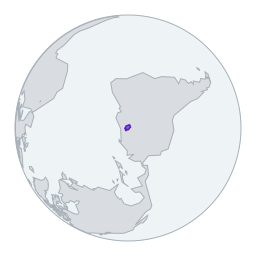 Upper Takutu-Upper Essequibo highlighted on a globe, orthographic projection, rotated 230°
{"feature_id": "GUY-674", "entity_name": "Upper Takutu-Upper Essequibo", "entity_type": "Region", "adm_level": 1, "iso_a3": "GUY", "parent_name": "Guyana", "parent_adm1": "", "projection": "orthographic", "projection_center": [-59.289, 2.847], "detail": "fine", "context": "on_globe", "style": "filled", "palette": "violet", "viewbox_px": 256, "rotation_deg": 230, "n_neighbors": 0, "source": "natural_earth", "source_scale": "10m", "svg_char_len": 8186}
<svg xmlns="http://www.w3.org/2000/svg" viewBox="0 0 256 256"><g transform="rotate(230 128 128)"><circle cx="128" cy="128" r="113" fill="#eef3f6" stroke="#a8b0b8"/><path d="M91.9,21.3L92.3,21.2L88.5,23.5L92.9,22.6L95.0,25.5L97.1,24.6L99.2,25.5L102.5,24.9L101.9,25.9L105.0,24.6L104.8,23.7L106.1,22.9L108.0,22.6L107.6,23.8L106.6,24.1L107.5,24.3L106.6,25.1L108.1,24.5L107.5,26.2L110.9,24.1L112.7,25.1L111.5,26.4L108.0,26.8L96.6,31.9L94.3,34.0L94.7,36.1L102.9,38.6L101.9,40.9L103.1,43.6L105.4,41.9L105.1,39.3L109.6,37.1L108.8,34.5L110.5,33.4L111.1,30.8L114.9,30.8L118.3,32.2L117.9,34.5L119.4,35.3L122.9,33.0L125.3,37.5L132.2,41.2L132.3,42.6L127.1,45.1L119.1,45.1L112.2,49.7L120.6,46.4L121.0,50.6L122.7,51.3L124.9,51.1L126.4,49.5L127.3,51.1L119.4,54.5L118.4,53.2L120.9,52.0L117.2,52.2L111.8,55.2L112.4,57.4L103.7,60.6L104.0,62.3L102.3,64.2L102.4,61.1L102.1,67.0L91.9,73.7L91.3,84.8L87.6,76.3L83.7,75.4L78.9,75.7L78.6,77.4L72.5,76.2L66.3,80.2L63.1,89.1L64.4,95.9L71.3,96.1L73.9,92.2L79.2,91.3L74.4,101.9L83.6,103.3L82.1,111.3L84.7,115.5L89.5,114.4L94.4,116.4L98.2,111.7L104.3,109.1L104.1,115.7L107.6,109.7L110.9,112.8L123.0,112.6L122.0,114.1L132.2,121.9L143.6,125.3L146.2,130.1L144.8,133.1L148.9,134.0L148.9,135.9L165.2,138.9L173.7,143.8L173.5,150.6L166.6,158.5L160.9,175.0L148.6,180.3L145.8,186.8L136.9,196.2L129.4,195.4L131.9,200.0L128.1,202.7L123.3,202.9L122.9,206.1L119.4,206.1L122.0,208.2L117.0,212.2L119.2,215.5L115.8,218.6L117.4,220.5L115.8,220.4L114.4,221.0L114.5,222.1L109.4,220.3L107.1,216.0L108.3,213.9L106.2,213.5L108.7,207.9L106.7,209.0L105.8,200.3L108.0,192.9L108.0,171.2L105.3,166.8L96.6,161.6L86.1,145.2L88.6,138.5L86.5,135.3L93.6,125.8L91.9,117.0L89.5,115.7L86.9,119.0L78.7,113.5L76.2,106.9L53.4,96.5L51.6,93.3L52.4,88.0L49.1,71.4L48.5,87.0L46.4,84.0L45.6,78.5L47.1,77.0L47.9,69.1L46.7,66.3L50.1,57.0L59.7,45.7L59.5,47.3L61.8,44.7L62.3,42.7L62.0,42.1L70.6,33.2L73.2,29.8L70.3,31.3L73.9,29.3L70.5,31.1L81.0,25.7L91.9,21.3ZM90.3,88.6L100.9,94.1L94.4,94.8L95.7,93.8L93.2,91.5L88.2,89.5L82.7,90.7L90.3,88.6ZM96.0,82.4L94.1,82.0L96.0,81.9L96.0,82.4ZM61.5,42.1L62.0,42.9L60.8,45.3L60.1,44.8L61.5,42.1ZM64.1,38.1L65.1,37.8L62.4,40.2L62.7,39.6L64.1,38.1ZM67.7,32.9L67.2,33.2L67.7,32.9ZM109.0,31.1L110.0,31.0L109.4,31.5L109.0,31.1ZM108.3,30.2L106.8,30.9L106.2,30.6L107.2,30.2L108.3,30.2ZM110.3,29.4L105.4,30.0L104.5,29.5L107.3,27.5L110.3,29.4ZM104.0,23.7L104.2,24.5L102.3,24.2L104.0,23.7ZM102.4,23.7L94.6,24.5L95.2,23.3L97.7,23.2L97.1,22.2L101.2,21.1L102.5,21.5L101.3,22.4L103.8,21.4L102.4,23.7ZM106.5,22.6L104.8,22.8L105.2,21.7L108.6,21.2L107.4,21.7L106.5,22.6ZM94.9,22.5L95.8,21.8L99.4,20.7L100.2,20.3L101.4,21.0L94.9,22.5ZM108.2,21.8L110.2,21.0L111.8,21.3L108.1,22.4L108.2,21.8ZM103.9,21.7L104.3,21.2L105.2,21.3L103.9,21.7ZM118.3,22.1L116.3,22.1L116.4,21.5L118.3,22.1ZM110.9,20.8L110.4,20.7L110.2,20.5L111.8,20.1L110.9,20.8ZM103.8,20.3L105.1,20.1L103.5,20.0L106.1,19.3L106.4,20.0L107.4,19.5L108.2,19.3L107.5,20.1L103.8,20.3ZM112.8,19.3L114.0,20.2L117.7,20.3L117.7,20.7L111.9,20.6L112.8,19.3ZM109.8,19.6L111.6,19.5L110.8,20.0L108.9,20.5L109.8,19.6ZM107.8,18.8L103.7,19.5L103.8,19.4L107.8,18.8ZM114.0,19.2L113.7,19.0L114.4,19.1L114.0,19.2ZM109.9,18.7L108.5,18.9L109.9,18.7ZM114.2,18.4L114.6,18.7L113.4,18.9L114.2,18.4ZM112.4,18.5L112.9,18.2L112.7,18.9L111.7,18.6L112.4,18.5ZM110.3,18.5L109.9,18.5L110.9,18.4L110.3,18.5ZM118.6,17.5L118.7,18.4L116.0,18.8L116.3,17.9L118.6,17.5ZM118.2,224.0L110.0,220.9L114.5,222.3L116.9,220.8L121.5,223.0L118.2,224.0ZM125.7,219.9L128.9,219.1L129.9,219.6L127.9,220.3L125.7,219.9ZM218.2,60.6L218.2,61.1L214.7,56.8L211.7,52.6L218.2,60.6ZM208.1,48.8L207.2,47.9L206.1,46.8L205.4,46.3L210.8,52.1L212.9,54.3L213.1,55.9L216.6,59.8L217.7,61.9L212.3,56.1L210.5,53.9L203.0,48.6L204.9,51.0L212.1,56.3L211.2,56.0L213.9,59.9L211.2,56.7L202.8,50.8L200.9,53.1L203.9,63.2L201.7,64.6L197.4,63.4L191.0,53.9L196.6,52.0L194.4,49.1L188.7,45.6L190.9,45.5L189.2,44.1L190.9,43.4L188.8,39.5L189.8,38.8L184.6,34.7L184.5,33.9L187.6,36.5L190.3,38.1L192.3,37.1L191.4,36.2L187.9,33.7L188.9,34.0L185.2,31.7L184.3,30.6L182.4,30.3L178.2,28.0L175.2,26.2L173.5,25.5L178.3,28.6L180.5,29.9L183.0,31.1L188.7,35.4L189.0,36.4L181.6,32.1L181.2,33.2L175.7,29.8L166.1,22.8L164.3,21.6L168.8,23.0L173.2,24.8L172.6,24.6L176.8,26.5L185.3,31.0L193.4,36.3L201.0,42.2L208.1,48.8ZM223.6,187.6L221.1,191.2L219.1,192.1L221.6,188.1L224.6,180.6L230.0,162.0L233.3,153.1L234.2,146.4L232.5,132.3L233.1,124.0L231.9,120.7L230.0,122.0L228.3,118.2L226.8,118.3L215.7,122.9L210.6,118.3L200.4,103.4L201.2,96.9L198.4,89.9L201.3,65.0L205.3,65.7L211.5,61.4L212.9,62.0L215.8,67.1L223.3,72.3L221.4,67.7L224.6,70.4L224.6,70.0L228.5,77.2L232.0,84.7L234.9,92.4L237.2,100.3L238.9,108.4L240.1,116.6L240.6,124.8L240.5,133.1L239.9,141.3L238.6,149.4L236.7,157.5L234.3,165.3L231.3,173.0L227.7,180.5L223.6,187.6ZM204.3,76.8L205.1,78.9L204.3,76.8ZM123.4,112.5L124.8,113.8L122.9,113.8L123.4,112.5ZM93.3,97.4L95.7,97.5L96.8,98.5L95.0,98.9L93.3,97.4ZM113.5,97.5L116.3,98.1L113.3,98.6L113.5,97.5ZM102.6,94.8L111.2,97.3L105.5,99.2L100.0,97.7L103.9,97.2L102.6,94.8ZM94.4,86.0L95.9,86.5L95.3,87.6L94.4,86.0ZM97.4,82.4L96.8,82.5L96.2,81.6L97.4,82.4ZM121.4,50.4L122.1,50.2L124.3,50.3L123.1,51.0L121.4,50.4ZM135.2,47.4L136.4,50.0L134.7,48.5L133.2,49.7L127.8,48.3L132.2,43.3L131.2,45.7L135.2,47.4ZM121.8,45.5L124.8,46.6L121.4,45.6L121.8,45.5ZM178.5,37.7L180.6,38.3L182.1,40.0L180.8,41.8L178.6,39.3L178.5,37.7ZM183.1,38.8L176.2,34.6L176.8,33.6L177.6,34.8L178.7,34.5L180.4,36.5L187.6,40.1L189.5,41.9L186.0,43.7L186.1,42.0L184.1,41.4L183.1,38.8ZM157.6,28.5L154.7,27.4L159.7,26.5L161.9,27.6L160.7,29.2L157.4,28.9L157.6,28.5ZM116.1,26.2L114.7,26.4L114.8,26.0L116.1,25.5L116.1,26.2ZM117.4,22.1L122.7,24.8L121.2,25.2L126.0,26.7L124.2,28.4L121.1,27.2L123.3,29.9L119.8,29.5L121.7,31.3L115.1,28.6L112.0,28.7L116.1,27.9L117.9,26.3L117.8,25.7L115.1,24.0L109.5,23.6L110.3,22.3L112.5,21.5L114.0,21.4L112.9,22.2L115.7,21.4L115.3,22.6L117.4,22.1ZM136.9,17.0L135.0,17.2L140.5,17.4L140.2,17.9L140.8,17.9L142.0,18.5L144.6,19.3L143.9,19.6L145.2,19.8L146.0,20.4L147.6,20.9L146.9,21.5L148.7,22.3L147.4,22.2L150.7,23.3L147.9,22.8L148.7,23.7L151.0,23.7L143.6,27.9L142.7,30.5L143.4,33.2L138.5,32.4L134.7,29.7L132.0,26.5L133.7,24.2L131.2,24.5L131.2,23.6L133.1,23.8L130.1,23.0L130.7,22.3L128.3,20.5L123.7,20.1L122.7,19.6L124.8,19.4L122.4,19.1L125.7,18.4L125.1,18.1L127.7,17.4L132.2,17.5L131.1,17.1L133.1,16.8L136.9,17.0ZM119.5,17.3L124.9,16.9L127.4,17.1L121.7,18.4L121.8,18.8L118.2,20.0L114.7,19.8L116.1,19.4L116.6,19.0L117.5,19.2L117.1,18.8L118.9,18.4L119.2,18.0L120.8,17.9L119.5,17.3ZM212.2,59.9L212.9,60.0L213.4,59.5L215.1,62.1L212.2,59.9ZM206.6,55.9L206.8,55.4L209.5,58.5L208.8,58.6L206.6,55.9ZM204.7,52.7L206.6,55.2L205.2,53.9L204.7,52.7ZM187.6,36.0L187.6,35.6L188.5,36.1L189.5,37.1L187.6,36.0ZM153.0,18.8L151.5,18.6L151.0,18.4L147.0,17.7L146.9,17.4L149.3,17.8L153.0,18.8ZM220.5,63.7L220.1,63.2L219.9,62.8L220.5,63.7ZM218.8,62.9L220.0,63.8L219.2,63.6L218.8,62.9ZM152.2,18.4L150.6,18.1L151.6,18.1L152.2,18.4ZM146.6,17.2L147.4,17.2L146.4,17.3L146.6,17.2ZM146.6,16.9L145.9,16.8L145.4,16.7L146.6,16.9Z" fill="#d9dde1" stroke="#a8b0b8" stroke-width="1"/><path d="M127.4,125.8L127.4,125.7L127.3,125.4L127.2,125.4L127.1,125.2L127.3,125.0L127.5,124.8L127.6,124.7L127.7,124.8L127.7,125.0L127.7,125.3L127.8,125.4L128.1,125.4L128.3,125.4L128.5,125.4L128.5,125.5L128.8,125.7L129.2,125.4L129.3,125.3L129.3,125.2L129.5,125.2L129.7,125.3L129.8,125.5L129.9,125.8L129.9,126.1L130.0,126.2L130.2,126.5L130.3,127.0L130.3,127.3L130.5,127.6L130.7,127.9L130.5,128.1L130.5,128.3L130.5,128.5L130.3,129.0L130.0,129.9L129.9,130.0L129.8,130.4L129.7,130.4L129.6,130.5L129.5,130.8L129.6,131.0L129.4,131.1L129.2,131.1L129.0,131.3L128.9,131.3L128.8,131.2L128.7,131.1L128.2,130.9L128.0,130.7L127.9,130.7L127.7,130.5L127.7,130.4L127.5,130.2L127.4,130.2L127.2,130.1L127.3,130.1L127.2,129.9L127.1,130.0L127.1,129.9L127.1,129.7L127.1,129.4L127.1,129.2L126.9,129.0L126.8,128.9L126.7,128.6L126.6,128.3L126.6,128.0L126.7,127.8L126.7,127.7L126.8,127.5L126.8,127.4L126.8,127.2L127.0,127.0L126.9,127.0L126.9,126.9L127.0,126.9L126.9,126.9L127.0,126.7L126.9,126.7L127.1,126.4L127.2,126.2L127.3,126.2L127.4,125.9L127.5,125.9L127.4,125.8L127.4,125.8Z" fill="#8b5cf6" stroke="#5b21b6" stroke-width="1.5"/></g></svg>